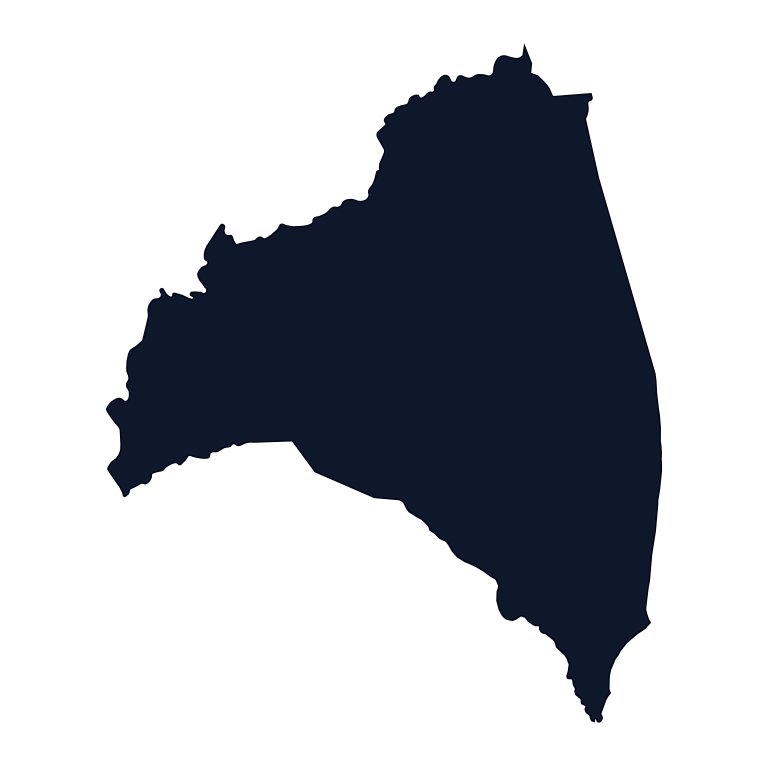 outline of Sinuapa, Ocotepeque, Honduras
{"feature_id": "27666195B66978151973678", "entity_name": "Sinuapa", "entity_type": "district", "adm_level": 2, "iso_a3": "HND", "parent_name": "Honduras", "parent_adm1": "Ocotepeque", "projection": "natural_earth1", "projection_center": [-89.15, 14.455], "detail": "fine", "context": "isolated", "style": "filled", "palette": "ink", "viewbox_px": 768, "rotation_deg": 0, "n_neighbors": 0, "source": "geoboundaries", "source_scale": "gbopen_adm2", "svg_char_len": 6059}
<svg xmlns="http://www.w3.org/2000/svg" viewBox="0 0 768 768"><path d="M523.7,616.7L524.5,616.6L525.3,617.2L528.4,621.1L533.2,624.5L535.5,625.5L539.3,625.5L539.8,626.6L539.7,628.9L540.2,630.2L541.4,632.0L542.7,632.8L546.2,633.8L553.5,639.7L554.9,641.3L556.8,647.3L564.9,654.9L567.4,658.6L568.4,661.9L569.4,664.4L568.5,671.1L567.0,676.1L567.2,677.2L567.9,678.4L571.6,678.6L572.5,679.3L572.9,680.2L573.6,684.9L575.5,688.2L575.5,689.5L575.0,691.2L575.7,694.3L581.1,698.9L581.4,699.6L581.5,702.8L581.9,703.7L586.2,705.6L586.3,706.3L585.2,709.1L585.5,710.5L586.0,711.7L586.8,712.8L589.7,715.0L590.3,716.3L590.5,718.2L591.8,720.6L594.2,721.5L594.4,719.5L594.9,718.8L595.6,718.6L596.7,719.1L597.2,721.0L598.1,721.8L599.3,721.9L600.7,721.0L601.8,719.6L602.2,717.8L601.9,716.4L600.8,714.3L600.9,712.8L605.8,699.5L607.5,696.5L610.2,693.0L609.1,690.4L608.8,689.0L609.0,678.7L609.4,674.6L610.4,669.9L614.8,659.3L615.7,657.8L617.9,655.0L620.1,650.8L626.8,642.4L636.5,634.1L644.9,628.4L650.1,622.7L648.5,619.7L647.0,615.5L645.6,610.1L645.5,608.2L648.0,587.3L649.3,580.5L651.5,554.7L655.2,531.2L657.4,506.3L657.6,500.4L659.5,488.5L661.3,471.0L661.3,462.3L661.0,459.9L661.2,453.2L660.8,446.0L660.1,441.1L660.2,427.7L659.2,414.8L658.3,409.6L656.4,392.7L655.8,381.1L654.9,373.9L598.3,177.8L585.2,118.8L586.8,115.1L587.8,111.1L588.0,108.2L587.6,104.1L587.8,102.2L588.7,100.9L591.1,100.0L592.0,98.6L592.0,97.6L591.0,93.8L553.8,96.7L552.3,96.1L549.2,89.0L546.4,84.9L542.5,80.7L537.8,76.1L530.4,73.3L531.4,63.5L524.5,46.1L523.1,55.7L520.2,57.9L518.0,58.6L515.5,58.7L510.8,57.7L506.0,56.2L504.0,55.9L501.2,56.4L498.6,58.0L496.7,60.3L495.0,64.0L494.1,67.4L493.7,71.8L493.3,73.2L492.3,74.7L491.0,75.8L488.6,76.2L483.0,74.9L478.6,74.7L475.8,75.4L471.6,78.0L468.8,78.5L465.8,77.9L461.7,76.0L460.0,75.9L458.8,76.3L457.8,77.3L457.2,78.4L456.6,80.4L455.8,81.6L454.7,82.3L453.4,82.6L451.9,82.2L450.8,81.3L449.3,77.8L447.9,76.3L446.0,75.5L443.9,75.7L440.9,77.7L438.6,80.4L436.9,84.2L434.8,86.5L434.5,87.8L434.7,90.3L434.3,91.2L433.6,92.0L432.5,92.4L430.1,92.3L428.6,92.8L427.3,93.8L424.6,96.7L421.8,98.3L420.7,98.3L419.7,97.8L418.9,96.9L418.3,95.6L417.9,95.3L415.2,95.5L412.5,96.5L411.0,97.4L409.9,98.7L409.3,100.2L408.7,102.7L407.5,104.3L406.4,104.9L401.2,106.0L397.3,107.5L395.7,109.1L394.8,112.1L394.0,113.3L393.0,113.8L389.2,114.8L386.5,116.9L385.0,118.6L384.5,120.1L384.8,121.4L386.1,123.4L385.9,125.1L378.1,132.1L377.4,133.3L377.1,134.9L377.6,137.1L384.3,148.8L384.8,150.7L384.6,152.7L380.0,163.8L379.6,166.9L379.8,170.1L379.2,170.7L377.6,171.1L376.8,172.0L375.1,179.0L373.9,182.4L372.6,185.0L369.8,188.6L368.9,190.3L368.7,192.0L369.2,194.7L368.9,196.6L367.7,198.7L366.0,200.2L363.1,201.3L360.3,201.7L357.5,201.3L354.0,200.0L352.0,199.6L348.6,199.7L345.7,200.4L343.5,201.7L341.7,205.2L339.8,206.9L337.6,207.6L334.3,207.3L332.6,207.7L330.4,209.3L327.4,212.6L324.7,214.3L319.3,216.8L315.8,217.4L314.3,218.0L313.3,219.5L313.1,221.8L312.7,223.0L311.8,223.9L309.9,224.9L307.4,225.7L303.0,226.5L293.4,227.0L286.6,225.9L282.8,224.4L281.3,224.3L280.1,225.2L278.8,228.1L277.2,230.2L270.9,235.7L266.7,238.3L264.9,239.0L263.8,239.1L261.1,237.3L259.4,237.2L257.7,238.0L255.7,240.1L254.3,240.9L241.6,243.3L237.1,244.7L235.9,244.6L234.5,242.6L233.2,240.3L232.3,237.2L231.4,235.9L230.4,235.5L228.6,235.8L227.1,235.6L225.9,235.0L224.9,234.2L224.1,232.7L223.8,231.2L223.9,229.7L224.5,227.4L224.3,225.9L223.6,225.0L222.7,224.5L221.7,224.5L220.8,225.1L207.0,246.3L205.4,249.9L204.5,253.9L204.5,258.1L205.4,259.8L207.1,260.8L207.8,261.5L208.1,262.7L207.8,264.1L206.3,265.8L203.4,266.8L201.3,268.2L199.5,270.6L197.9,273.8L198.1,276.0L199.8,279.9L203.5,284.7L205.0,287.2L205.9,287.8L206.6,288.8L206.9,290.7L206.4,292.4L205.2,293.6L203.9,293.9L202.5,293.6L201.5,292.7L200.2,292.5L194.9,292.2L191.4,292.4L190.5,293.5L190.6,295.0L191.4,295.7L193.1,296.3L193.8,297.6L193.4,299.0L192.1,299.6L189.1,298.8L181.6,295.3L174.4,293.3L173.6,293.4L173.0,293.9L172.8,296.0L172.2,296.9L171.4,297.2L170.0,297.1L167.9,295.8L165.9,293.9L162.9,289.0L161.6,288.6L160.6,289.2L160.2,290.0L160.1,291.0L161.2,293.0L161.6,294.6L161.4,296.0L160.8,297.2L159.8,298.1L158.5,298.9L154.8,299.2L152.8,300.2L150.4,303.1L148.8,306.2L148.1,309.9L148.6,315.1L148.4,317.5L142.9,340.5L137.0,346.0L130.9,350.0L129.6,351.7L128.6,354.5L127.2,361.4L126.9,367.9L127.1,371.4L128.8,375.8L129.1,378.6L128.7,380.4L127.0,383.1L126.7,385.0L127.0,387.0L128.8,389.9L129.5,392.0L129.6,395.8L128.9,398.9L127.5,400.9L125.6,401.7L124.0,401.3L121.9,399.4L120.2,398.6L118.3,398.5L116.3,399.1L113.0,401.0L110.4,403.2L107.8,406.7L106.9,408.4L106.7,409.3L107.4,411.3L110.5,416.1L114.1,421.1L118.9,426.7L119.9,428.3L120.4,430.3L121.1,443.9L120.9,449.7L120.2,452.1L119.1,454.8L116.4,458.8L112.7,461.3L110.7,463.4L108.6,466.9L108.0,468.4L107.9,469.3L109.8,472.3L119.9,486.8L122.8,492.4L123.5,495.3L124.1,496.3L124.7,496.4L125.8,495.8L128.0,494.0L128.8,492.4L129.4,489.7L130.4,488.6L135.2,486.4L140.8,483.2L142.3,483.0L145.1,483.7L146.3,483.4L147.6,482.6L149.4,480.7L150.6,478.8L151.2,476.9L151.3,474.4L152.2,473.1L155.9,471.8L162.4,470.4L163.4,469.7L165.3,467.4L167.1,465.9L170.2,464.1L173.4,462.8L176.1,462.4L177.3,463.0L179.1,464.5L180.6,464.4L185.1,460.0L187.8,455.9L188.7,455.2L190.3,455.2L194.4,456.6L201.2,457.9L204.9,458.1L207.7,457.8L209.2,456.7L209.8,453.6L210.3,452.8L211.2,452.1L212.9,451.5L216.2,451.6L217.9,451.2L223.6,447.7L225.7,447.0L228.4,446.8L230.2,446.2L232.1,444.1L233.5,443.5L234.8,443.6L236.8,445.1L238.5,445.5L240.2,445.1L244.9,442.9L249.2,441.9L254.8,442.0L292.4,440.7L315.2,471.7L374.4,497.4L398.7,499.5L400.1,499.9L402.4,501.2L403.9,502.7L407.1,509.0L409.2,511.7L416.8,516.5L422.0,519.3L428.3,525.5L429.5,527.7L429.8,529.6L430.5,530.4L435.7,533.9L439.6,538.2L445.4,540.8L446.5,541.7L448.8,544.7L452.4,551.0L455.1,554.3L457.7,556.9L464.7,561.4L468.7,563.0L476.9,566.9L484.1,571.2L491.0,576.3L495.8,579.0L497.2,581.6L498.6,585.1L498.8,586.2L498.5,588.3L497.3,591.4L497.0,600.7L499.3,609.5L502.5,615.4L504.1,617.2L506.6,619.0L512.2,620.3L515.4,619.2L520.3,616.0L522.3,615.8L523.7,616.7Z" fill="#0f172a" stroke="#020617" stroke-width="1.5"/></svg>